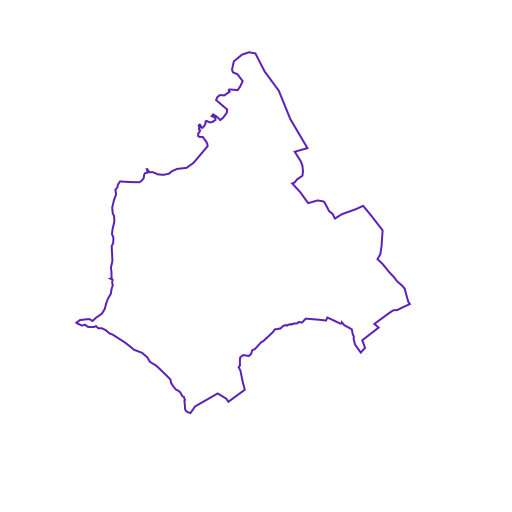 Leimatu'a, Vava'u, Tonga (Robinson projection), rotated 304°
{"feature_id": "48082658B84329148637899", "entity_name": "Leimatu'a", "entity_type": "district", "adm_level": 2, "iso_a3": "TON", "parent_name": "Tonga", "parent_adm1": "Vava'u", "projection": "robinson", "projection_center": [-173.972, -18.596], "detail": "fine", "context": "isolated", "style": "outline", "palette": "violet", "viewbox_px": 512, "rotation_deg": 304, "n_neighbors": 0, "source": "geoboundaries", "source_scale": "gbopen_adm2", "svg_char_len": 3180}
<svg xmlns="http://www.w3.org/2000/svg" viewBox="0 0 512 512"><g transform="rotate(304 256 256)"><path d="M302.2,410.4L303.2,407.8L309.2,400.8L312.0,397.6L313.1,394.0L313.4,391.5L313.9,387.2L315.6,382.2L317.2,375.2L320.2,365.3L321.3,358.5L327.2,358.0L334.5,354.5L340.5,351.0L347.6,346.9L348.1,346.5L353.3,330.7L353.5,330.6L353.4,330.6L357.5,316.8L350.5,312.5L338.8,303.9L331.2,300.5L333.7,296.0L334.0,291.7L338.8,282.8L338.9,281.1L336.4,275.9L329.0,269.7L333.7,256.8L336.4,245.4L338.5,246.9L342.4,247.2L348.6,249.6L352.3,247.7L356.6,244.2L359.4,240.5L364.1,229.8L374.2,238.3L388.7,207.9L405.8,182.4L413.8,160.0L423.6,142.2L421.0,136.3L415.1,131.8L405.0,128.8L397.1,131.9L395.4,134.1L396.3,139.1L393.5,147.2L387.7,148.1L383.1,148.0L381.5,144.8L379.1,140.7L377.7,141.0L377.3,142.3L374.1,140.9L371.5,140.0L369.1,136.0L365.9,135.1L363.0,135.7L362.3,141.6L361.3,150.2L358.5,151.7L352.4,151.4L348.7,150.4L349.6,145.6L349.4,141.3L347.2,141.1L347.9,144.9L346.2,146.3L342.3,144.7L340.8,142.7L340.3,139.3L339.4,138.9L337.8,140.0L335.5,140.4L332.4,140.0L331.8,138.7L333.2,137.2L333.5,135.9L332.1,135.5L330.8,137.2L329.2,137.7L328.9,138.3L329.0,139.4L326.9,139.8L325.2,139.6L323.1,141.0L323.1,142.5L324.9,145.3L323.2,150.1L321.9,152.7L320.0,154.5L298.2,152.1L296.1,151.3L290.2,149.1L284.1,141.9L279.3,138.9L275.5,137.8L271.3,133.6L268.5,128.3L268.5,126.8L267.7,123.4L265.8,120.7L267.2,117.3L266.9,116.9L264.7,119.6L262.6,117.7L260.9,117.8L257.7,119.4L254.3,119.1L251.9,118.0L246.7,110.0L241.8,101.6L238.2,101.6L235.3,102.7L232.3,102.4L228.9,105.5L222.9,107.0L215.6,109.8L211.1,113.5L209.8,116.0L205.2,119.4L198.4,121.9L193.7,124.3L191.2,127.8L186.7,130.4L183.4,130.9L179.4,133.9L171.7,139.7L165.3,142.2L161.8,145.2L156.8,148.7L155.8,147.9L156.2,150.3L153.3,151.8L151.6,153.7L148.1,154.6L143.4,156.8L138.0,157.1L132.6,158.4L127.6,160.2L122.0,160.5L115.4,157.9L110.7,156.8L110.6,153.4L108.7,150.8L104.3,145.8L100.2,144.4L100.2,146.1L101.0,150.6L103.4,152.7L103.3,156.4L106.5,161.4L108.4,162.5L107.9,165.6L109.9,168.6L110.5,172.9L109.9,177.9L110.7,181.2L111.0,196.2L110.1,207.5L112.0,215.6L111.2,222.7L108.9,227.2L109.3,234.3L108.5,239.5L107.1,247.5L105.8,254.1L103.4,256.5L101.6,260.3L100.5,264.2L100.9,267.5L100.5,269.7L98.7,273.1L98.8,275.0L96.9,277.6L96.0,277.6L92.7,280.3L89.6,282.7L88.4,284.3L88.4,287.3L89.2,289.5L97.2,289.6L120.6,301.1L121.1,311.2L119.7,314.6L138.8,321.5L143.6,316.1L147.4,312.1L152.2,307.3L154.1,303.8L156.1,304.0L160.2,301.2L163.1,299.6L166.7,300.8L169.1,306.0L172.1,306.7L175.7,305.6L178.2,307.1L187.8,308.6L189.3,309.6L202.4,312.6L205.6,312.6L206.8,313.7L207.3,314.8L208.7,315.7L209.5,316.8L213.1,317.6L215.3,319.2L215.6,320.7L216.6,320.9L217.2,321.5L217.6,321.6L218.4,322.7L218.9,322.9L218.7,323.3L219.1,323.8L219.9,324.1L220.4,324.8L221.0,325.0L222.0,326.3L223.3,327.9L225.2,328.4L226.6,331.4L231.9,332.3L238.7,344.4L238.8,344.6L241.6,350.1L244.9,349.6L245.8,355.0L247.1,363.9L248.0,364.6L249.0,364.2L248.0,367.8L248.8,376.4L245.1,380.1L244.0,382.1L243.3,382.5L241.7,383.4L237.9,387.8L234.5,396.8L240.8,397.8L245.6,391.2L265.2,397.7L265.9,392.1L284.8,398.9L287.9,400.3L290.0,403.2L295.4,406.3L302.2,410.4Z" fill="none" stroke="#5b21b6" stroke-width="2"/></g></svg>